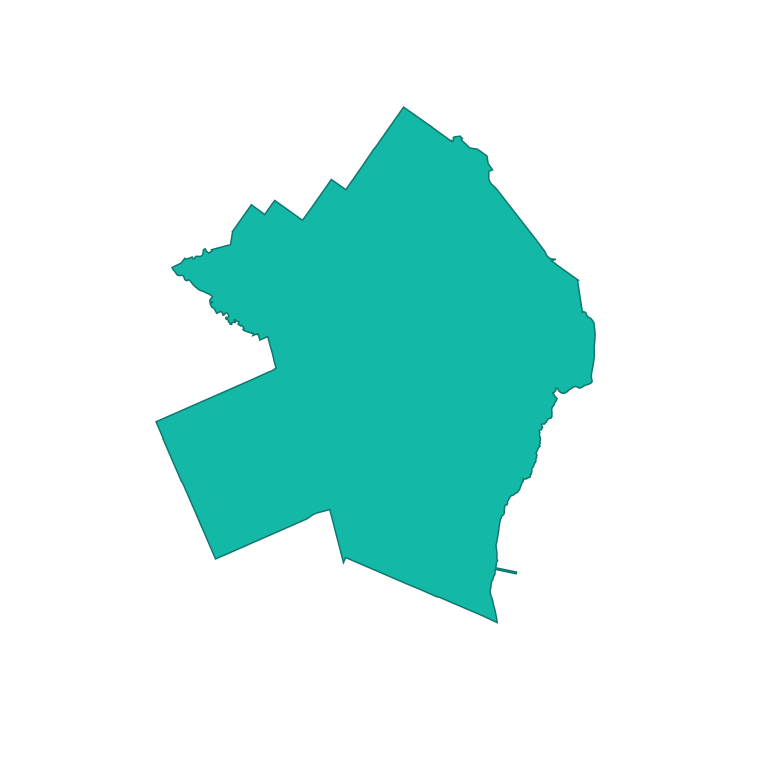 Salisbury, South Australia, Australia (orthographic projection), rotated 219°
{"feature_id": "25037944B95616539853674", "entity_name": "Salisbury", "entity_type": "district", "adm_level": 2, "iso_a3": "AUS", "parent_name": "Australia", "parent_adm1": "South Australia", "projection": "orthographic", "projection_center": [138.626, -34.768], "detail": "fine", "context": "isolated", "style": "filled", "palette": "teal", "viewbox_px": 768, "rotation_deg": 219, "n_neighbors": 0, "source": "geoboundaries", "source_scale": "gbopen_adm2", "svg_char_len": 6099}
<svg xmlns="http://www.w3.org/2000/svg" viewBox="0 0 768 768"><g transform="rotate(219 384 384)"><path d="M145.9,269.8L147.6,271.5L149.3,273.1L153.9,276.8L156.1,278.6L160.1,281.4L162.6,283.6L165.6,285.6L168.4,287.3L170.6,289.1L172.0,291.0L172.9,293.3L173.7,294.2L174.6,295.5L175.3,296.8L176.1,298.6L176.3,300.4L177.0,301.7L177.7,303.5L177.8,304.4L177.8,305.4L180.1,308.9L180.7,310.0L161.9,319.7L162.7,321.2L181.5,311.5L182.2,312.8L183.5,314.8L184.1,315.6L184.5,317.3L184.5,318.3L185.9,319.0L187.3,320.3L188.6,322.2L189.9,323.8L192.0,325.8L193.7,327.3L195.3,329.0L196.2,330.4L196.8,332.2L197.9,333.8L198.7,335.2L201.0,339.6L203.0,342.9L204.6,345.1L205.7,347.4L208.0,351.3L209.2,355.6L208.9,358.1L209.4,359.6L210.5,361.0L211.2,361.8L213.1,364.9L213.5,366.1L212.5,367.2L212.6,368.5L213.4,369.7L214.1,370.5L214.7,374.6L215.1,376.7L214.4,377.8L213.6,378.8L213.3,380.8L212.8,382.3L212.2,383.4L212.2,386.3L212.4,387.8L213.7,391.3L214.2,393.4L214.7,394.2L214.5,395.7L216.3,398.1L214.6,398.8L213.4,400.3L213.4,400.8L213.1,401.2L213.1,401.6L212.2,402.9L211.8,403.7L213.5,405.9L212.8,406.3L214.2,409.3L215.4,410.7L216.1,411.2L215.9,412.5L215.8,414.0L216.6,415.3L216.8,416.5L217.1,417.1L217.0,417.8L217.4,419.8L218.7,420.9L219.0,422.6L220.3,424.3L220.4,425.0L222.5,426.2L222.9,428.7L223.2,429.2L223.3,430.1L223.8,431.3L223.6,433.9L224.4,434.1L225.7,436.9L226.8,437.2L227.1,438.6L227.4,438.9L227.6,439.4L229.0,441.0L229.9,441.1L231.5,442.7L232.3,444.3L233.4,445.0L234.2,445.9L232.9,447.4L233.3,449.6L233.6,449.8L233.6,450.2L234.7,450.6L236.2,451.5L236.0,452.5L235.2,453.0L234.2,453.7L234.1,455.6L233.9,456.8L234.1,457.1L234.1,458.2L234.5,460.0L232.7,462.8L233.2,464.8L233.6,465.0L234.3,465.8L234.9,466.8L235.7,467.8L237.6,469.4L237.7,469.6L238.2,471.0L238.6,471.5L238.5,471.9L238.7,472.5L238.6,474.4L238.8,475.3L239.5,476.6L239.6,477.8L239.6,479.6L240.2,481.5L242.1,481.9L243.4,481.6L243.8,481.7L244.1,482.3L245.2,482.8L246.2,483.1L246.9,483.0L247.3,483.4L246.8,484.1L246.4,485.3L246.4,486.9L247.2,488.2L247.8,488.5L246.3,489.8L244.3,488.8L242.8,488.7L242.5,488.6L241.0,488.6L240.0,488.9L238.2,490.1L237.2,491.9L237.0,492.9L236.7,493.7L236.6,494.7L236.4,495.3L236.7,496.2L235.8,497.7L235.3,499.6L234.9,500.3L234.8,501.1L234.3,501.6L233.9,502.5L232.5,503.1L231.4,503.4L230.0,503.5L229.1,504.2L228.4,505.7L228.0,506.1L227.9,506.6L227.9,507.2L227.7,507.6L227.3,508.7L226.9,509.4L224.9,512.4L224.5,513.3L223.8,515.0L223.6,515.4L223.7,516.7L224.5,517.6L226.7,519.3L229.0,522.2L232.7,529.1L237.9,537.9L244.3,545.4L248.4,551.8L252.3,556.7L259.4,563.7L262.1,564.6L264.3,565.1L267.2,564.6L268.6,564.7L269.9,565.2L271.3,566.1L272.4,566.5L274.6,565.7L274.8,564.5L288.4,576.8L298.6,586.1L298.2,586.9L325.1,585.3L325.9,585.4L331.4,585.0L328.9,589.1L332.3,586.7L333.0,586.4L333.8,586.1L335.4,585.9L337.2,586.2L338.6,586.2L340.5,587.3L342.4,588.2L355.3,591.5L419.5,606.4L420.5,606.6L425.3,606.9L426.3,606.9L427.4,607.2L429.5,608.0L431.4,609.2L432.3,610.1L433.0,610.9L434.3,612.8L435.1,613.7L436.6,615.0L434.4,618.7L441.8,620.9L447.4,626.0L459.2,625.3L465.8,621.4L469.5,621.8L475.5,622.2L477.5,622.2L477.5,624.1L480.7,624.6L484.3,620.9L485.3,619.3L483.4,617.0L483.3,615.6L485.0,615.6L484.8,615.0L508.3,613.7L508.4,613.9L511.0,613.8L511.3,613.6L526.8,612.6L543.0,611.5L539.5,561.1L539.8,561.0L538.6,546.8L538.2,543.1L537.2,527.9L537.1,527.3L537.1,526.1L536.8,526.0L536.9,525.6L536.6,522.2L536.8,522.2L535.9,511.0L553.6,509.8L551.3,476.4L550.4,459.9L584.5,457.9L583.4,440.6L599.9,439.9L597.7,407.0L597.3,407.0L597.3,406.7L590.9,395.6L593.0,393.0L602.6,379.7L602.1,379.5L601.3,379.4L602.6,375.5L605.6,375.5L608.0,376.6L608.8,375.1L608.8,374.7L606.7,371.2L606.4,370.4L606.3,369.6L606.5,368.5L606.7,368.0L607.5,367.2L610.5,364.9L610.6,362.7L610.5,362.0L610.4,361.7L611.4,361.3L612.1,361.4L613.1,362.0L613.2,361.7L613.7,360.5L614.3,359.6L615.6,357.8L616.1,356.5L617.9,356.4L617.8,350.1L622.1,341.2L621.4,340.9L620.3,340.3L619.6,340.1L616.8,339.7L614.6,338.9L612.8,338.6L612.3,338.9L610.7,339.9L610.4,340.5L609.3,341.4L608.9,341.6L607.7,341.7L607.3,341.5L606.7,341.2L606.2,340.7L605.9,340.6L605.2,340.1L604.2,339.8L603.0,339.8L602.6,340.0L602.1,340.6L601.2,342.0L600.5,342.3L600.0,342.3L598.8,342.0L597.1,341.6L595.4,341.1L592.2,340.9L591.3,340.7L589.9,340.8L588.3,340.7L586.2,341.0L584.7,341.4L582.5,342.2L581.3,342.5L579.9,342.9L578.9,343.0L577.5,343.5L576.0,343.9L573.4,344.0L572.2,343.8L572.0,343.7L571.8,343.5L571.8,342.9L572.4,341.6L572.3,341.0L572.0,339.5L571.9,339.1L571.4,338.6L570.9,338.2L570.0,338.3L569.8,338.5L569.6,339.2L569.1,339.7L568.7,339.7L569.3,338.2L569.7,337.0L566.3,335.3L563.9,335.7L563.4,335.7L558.5,333.6L556.4,337.9L553.9,337.3L553.4,337.0L552.8,336.3L552.5,336.2L552.2,336.2L552.0,336.5L551.8,337.4L551.7,337.9L551.8,338.9L551.8,339.5L551.6,339.8L551.1,340.1L550.1,340.5L549.8,340.4L547.6,339.2L547.2,338.7L547.1,338.3L547.2,337.9L547.5,337.2L548.7,336.4L548.4,335.5L548.2,335.2L547.9,335.1L547.2,335.2L545.8,335.6L545.1,335.5L544.5,335.3L544.1,334.5L543.5,334.6L543.0,334.5L541.8,334.0L541.5,333.7L541.2,333.7L540.9,334.0L540.1,334.2L539.9,334.6L540.0,334.8L540.6,335.0L540.9,335.4L540.9,336.1L540.7,336.3L540.3,336.4L540.0,336.6L539.9,336.9L539.9,337.3L539.8,337.5L538.6,337.9L538.4,338.0L538.3,338.3L538.5,338.7L538.9,339.1L539.3,339.2L540.4,339.4L540.8,339.5L540.8,339.8L540.3,340.1L540.1,340.5L539.7,340.5L539.1,340.3L538.7,340.3L537.7,340.4L536.8,340.6L535.8,341.2L534.9,338.5L531.7,339.0L531.8,339.8L530.1,339.8L527.7,339.1L528.0,337.6L526.5,337.4L518.8,340.2L518.8,340.5L517.1,341.1L516.4,339.1L514.2,343.1L513.7,342.7L513.2,343.6L508.2,340.0L504.2,347.7L496.3,341.9L495.2,341.2L493.9,340.2L490.9,338.2L485.2,333.8L484.8,333.3L483.9,332.7L483.5,332.5L477.9,328.4L478.8,325.6L479.8,322.8L480.8,321.5L486.8,309.5L488.3,306.4L537.4,211.2L521.2,202.7L521.4,202.4L493.7,187.9L479.9,180.7L478.7,180.6L449.8,165.6L446.6,163.9L435.8,158.2L434.3,157.5L404.8,142.0L359.1,230.5L358.4,232.7L357.6,235.8L356.7,238.5L354.8,241.8L347.1,252.3L303.1,219.7L304.6,225.0L240.8,242.9L226.6,247.1L208.6,252.0L208.2,252.7L192.3,257.2L161.5,265.9L145.9,269.8Z" fill="#14b8a6" stroke="#0f766e" stroke-width="1.5"/></g></svg>